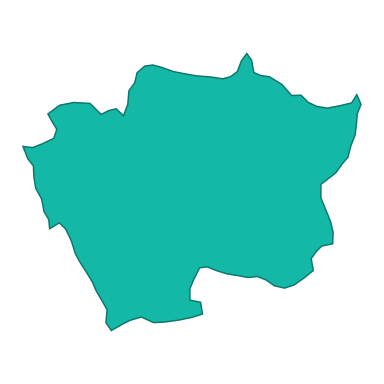 Itaquaquecetuba, São Paulo, Brazil (orthographic projection)
{"feature_id": "56859067B72573583374098", "entity_name": "Itaquaquecetuba", "entity_type": "district", "adm_level": 2, "iso_a3": "BRA", "parent_name": "Brazil", "parent_adm1": "São Paulo", "projection": "orthographic", "projection_center": [-46.334, -23.463], "detail": "fine", "context": "isolated", "style": "filled", "palette": "teal", "viewbox_px": 384, "rotation_deg": 0, "n_neighbors": 0, "source": "geoboundaries", "source_scale": "gbopen_adm2", "svg_char_len": 1355}
<svg xmlns="http://www.w3.org/2000/svg" viewBox="0 0 384 384"><path d="M116.2,108.8L108.7,110.6L101.1,114.4L90.0,103.4L73.7,102.5L59.7,105.2L47.9,114.0L52.5,122.3L56.8,129.3L53.8,138.3L42.3,143.8L32.6,147.6L23.0,146.4L28.0,159.1L33.4,165.9L33.9,177.0L35.7,188.2L41.5,198.8L44.1,211.7L48.8,219.6L49.6,228.7L59.3,222.8L65.7,229.1L71.6,241.5L75.3,253.5L79.7,261.7L86.8,272.9L92.2,281.7L96.0,290.5L101.6,300.1L107.1,309.8L105.9,322.6L111.3,330.5L122.7,324.0L130.4,320.2L141.3,317.0L153.5,322.6L165.0,322.0L179.8,319.9L192.5,317.2L202.5,314.0L200.6,302.3L189.9,300.1L189.9,288.7L193.8,279.3L199.6,267.8L207.3,266.9L216.2,270.5L226.7,273.8L238.6,275.7L248.1,277.5L257.5,276.5L265.9,279.9L274.5,285.8L284.5,288.1L294.2,284.9L303.9,278.1L313.3,270.5L311.2,258.7L316.1,251.7L321.7,246.1L332.7,243.8L333.1,232.3L330.6,221.7L325.8,209.9L320.9,197.8L320.9,184.4L335.7,172.9L342.3,163.8L347.9,157.3L350.9,145.8L355.2,134.7L356.5,123.2L357.2,114.0L361.0,104.3L356.8,94.7L351.7,102.9L340.4,105.6L327.7,108.1L317.0,106.5L308.3,102.4L301.0,95.2L291.6,95.5L282.1,84.6L269.4,76.7L261.0,75.6L253.8,72.5L251.6,60.2L246.8,53.5L241.4,60.9L237.3,71.6L230.5,76.7L222.5,78.8L210.9,77.0L195.8,75.8L184.9,73.8L173.4,71.6L162.0,67.5L152.8,65.0L144.7,66.1L137.0,72.9L134.8,82.6L128.9,90.9L127.8,104.3L123.5,115.8L116.2,108.8Z" fill="#14b8a6" stroke="#0f766e" stroke-width="1.5"/></svg>